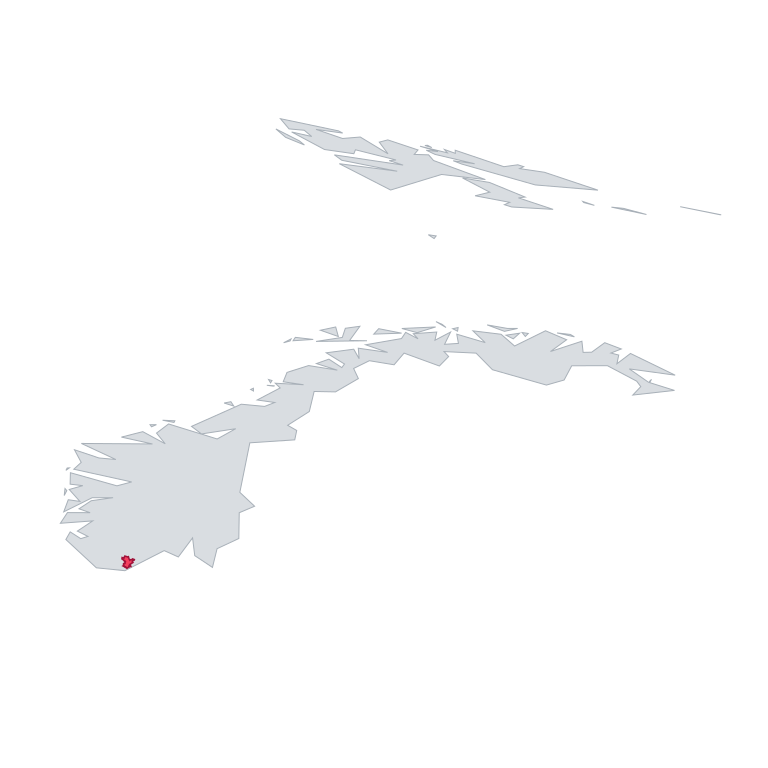 location of Birkenes nor, Aust-Agder, Norway, rotated 13°
{"feature_id": "86288312B11283211528178", "entity_name": "Birkenes nor", "entity_type": "district", "adm_level": 2, "iso_a3": "NOR", "parent_name": "Norway", "parent_adm1": "Aust-Agder", "projection": "equal_earth", "projection_center": [8.204, 58.44], "detail": "fine", "context": "in_parent", "style": "filled", "palette": "rose", "viewbox_px": 768, "rotation_deg": 13, "n_neighbors": 0, "source": "geoboundaries", "source_scale": "gbopen_adm2", "svg_char_len": 6528}
<svg xmlns="http://www.w3.org/2000/svg" viewBox="0 0 768 768"><g transform="rotate(13 384 384)"><path d="M466.8,333.2L435.2,338.9L440.8,342.7L433.9,354.0L396.6,349.4L389.5,363.0L364.5,364.6L350.9,375.7L357.8,384.5L338.5,402.6L317.6,407.0L317.4,427.6L299.4,445.9L309.4,448.9L309.6,458.5L266.5,471.5L267.9,522.0L285.4,532.2L271.9,542.0L277.3,567.2L258.4,582.0L258.1,601.3L238.2,593.8L232.1,577.0L222.5,598.8L207.3,595.8L173.5,624.2L145.1,627.8L109.0,607.1L111.5,598.7L123.3,602.9L129.8,599.1L118.3,596.3L131.0,582.9L100.0,592.5L104.5,580.5L126.6,575.5L114.9,574.2L125.0,563.6L145.6,555.7L125.3,560.4L100.7,580.6L102.4,567.8L114.1,566.8L101.0,557.6L113.4,550.8L100.7,552.2L98.4,541.0L146.7,543.3L160.2,536.2L100.9,536.8L106.6,528.5L97.2,517.7L122.8,520.2L139.7,517.9L102.5,510.0L171.9,494.5L140.1,494.8L159.7,484.7L184.3,491.5L173.4,483.0L183.1,471.4L233.8,475.1L249.6,460.9L217.4,473.7L206.0,468.6L249.5,435.8L272.7,432.7L281.7,426.6L264.0,428.1L283.7,411.2L277.9,407.7L305.8,402.8L285.3,404.5L286.9,394.5L306.4,383.0L335.4,381.0L313.6,379.3L324.7,372.2L339.2,377.5L341.0,373.4L320.7,366.6L346.7,356.9L354.1,365.0L350.9,354.9L380.4,352.4L357.3,349.9L390.8,335.8L393.5,328.8L407.0,332.3L401.2,328.4L423.7,321.5L423.8,329.9L437.2,318.4L434.1,331.7L447.4,327.7L443.7,319.1L473.3,320.9L458.7,312.2L486.9,309.2L502.7,317.6L529.4,295.8L552.0,299.8L538.9,314.9L567.2,297.8L570.9,308.4L579.2,306.3L589.8,294.1L607.3,296.5L598.1,302.8L606.2,303.0L606.4,311.9L617.3,298.8L665.7,309.9L619.6,314.1L641.3,322.8L668.5,324.9L628.9,338.8L634.8,328.8L629.6,324.4L597.6,315.9L562.8,324.0L558.6,339.6L542.5,348.5L486.5,345.7L466.8,333.2ZM332.8,145.3L364.5,148.3L361.8,153.5L375.9,150.7L382.0,155.1L436.8,162.0L392.9,166.9L346.8,193.5L290.9,179.4L349.0,173.7L292.6,175.5L284.1,171.9L353.4,166.4L338.8,165.2L345.3,163.0L303.5,162.2L302.8,166.4L273.3,168.9L237.3,159.2L257.9,159.1L249.2,154.7L234.1,156.8L223.4,148.8L282.7,147.6L287.3,148.8L260.5,151.2L288.4,154.1L305.3,148.7L336.1,158.8L325.0,149.4L332.8,145.3ZM400.8,140.2L451.9,145.3L465.1,140.3L471.2,140.8L467.8,143.6L492.7,141.6L548.9,147.0L486.6,156.0L410.3,152.2L401.2,150.9L422.8,149.0L382.1,148.8L372.6,146.7L384.3,145.4L365.6,144.2L393.7,144.5L390.1,141.9L401.6,143.2L400.8,140.2ZM441.5,163.9L479.4,170.1L473.1,172.4L509.5,175.8L468.6,182.8L461.0,182.2L465.6,178.7L430.4,180.1L443.9,173.3L414.2,165.6L441.5,163.9ZM340.7,349.3L357.7,345.7L308.2,357.8L332.9,348.0L333.8,338.4L347.5,333.2L340.7,349.3ZM366.4,331.3L389.7,330.5L362.8,337.7L366.4,331.3ZM388.9,325.9L421.5,316.8L404.7,326.5L388.9,325.9ZM221.3,159.8L246.7,166.1L252.7,169.0L232.7,165.8L221.3,159.8ZM324.1,339.3L328.8,348.0L310.0,345.9L324.1,339.3ZM501.7,299.8L489.5,305.6L471.2,303.2L491.8,302.1L501.7,299.8ZM504.7,304.0L499.8,310.9L491.9,309.0L504.7,304.0ZM287.1,358.5L305.0,356.5L285.7,362.3L287.1,358.5ZM673.2,143.5L632.7,144.6L674.5,143.3L673.2,143.5ZM577.8,159.0L601.6,159.8L565.8,160.5L577.8,159.0ZM541.1,295.3L554.4,293.8L558.9,295.2L541.1,295.3ZM513.2,302.3L511.0,305.9L507.0,302.8L513.2,302.3ZM443.5,312.3L443.8,316.0L438.5,314.7L443.5,312.3ZM401.5,228.0L400.1,231.0L393.6,228.6L401.5,228.0ZM548.8,162.6L537.8,162.3L536.6,161.4L548.8,162.6ZM238.8,435.7L242.6,439.3L232.5,438.5L238.8,435.7ZM420.6,311.5L427.5,312.9L431.7,315.0L420.6,311.5ZM372.7,141.6L377.4,142.9L370.2,142.4L372.7,141.6ZM188.0,468.7L176.4,469.1L188.5,466.9L188.0,468.7ZM171.4,474.8L167.1,478.0L165.2,476.3L171.4,474.8ZM282.8,363.2L276.9,366.4L283.3,361.0L282.8,363.2ZM98.9,559.2L97.5,564.6L96.7,557.6L98.9,559.2ZM273.2,408.4L270.5,405.6L274.1,405.8L273.2,408.4ZM643.6,319.3L642.7,322.3L642.1,321.8L643.6,319.3ZM276.6,411.0L270.1,411.6L277.9,410.4L276.6,411.0ZM257.7,417.5L258.4,420.2L255.3,419.3L257.7,417.5ZM96.3,536.5L93.5,539.7L94.2,537.1L96.3,536.5Z" fill="#d9dde1" stroke="#a8b0b8" stroke-width="1"/><path d="M174.6,621.3L174.6,621.2L174.5,620.9L174.8,620.9L174.9,621.0L175.2,621.0L175.4,621.1L175.5,621.0L175.6,620.9L175.7,620.7L175.8,620.5L175.8,620.4L176.0,620.3L176.1,620.2L176.3,620.0L176.4,619.9L176.8,619.7L177.0,619.5L176.5,619.2L176.4,619.1L176.5,618.9L176.8,618.7L177.0,618.7L177.4,618.7L177.6,618.7L177.9,618.8L178.2,618.8L178.4,618.8L178.5,618.8L178.5,618.7L178.1,618.4L177.7,618.1L177.6,617.9L177.4,617.7L177.2,617.7L177.3,617.6L177.5,617.4L177.4,617.3L177.5,617.3L177.3,617.2L177.5,617.1L177.3,616.9L177.2,616.9L177.2,616.7L177.3,616.6L177.5,616.4L177.6,616.2L177.8,616.1L178.0,615.9L178.2,615.7L178.3,615.6L178.7,615.3L179.0,615.0L179.2,614.8L179.4,614.6L179.5,614.5L179.3,614.4L179.2,614.4L179.2,614.2L179.3,614.2L179.2,614.2L179.0,614.3L179.0,614.2L178.9,614.2L178.7,613.9L178.7,613.7L178.8,613.5L178.9,613.3L179.0,613.2L179.3,613.2L179.5,613.2L179.3,613.1L179.2,613.0L179.2,612.9L179.2,612.7L179.4,612.5L179.4,612.4L179.5,612.3L179.7,612.2L179.8,612.1L180.0,611.9L180.3,611.7L180.3,611.4L180.3,611.2L179.8,611.1L179.7,611.1L179.4,611.1L178.9,611.0L178.5,611.0L178.3,611.0L178.2,611.0L178.2,611.3L178.1,611.5L178.2,611.8L178.1,612.0L177.7,612.1L177.3,612.1L177.0,612.2L176.8,612.2L176.7,612.2L176.7,612.3L176.3,612.4L176.2,612.4L176.0,612.5L175.9,612.8L175.8,612.7L175.7,612.7L175.5,612.4L175.4,612.3L175.2,612.2L175.0,611.9L174.9,611.7L174.7,611.4L174.7,611.2L174.4,610.8L174.2,610.7L174.0,610.4L174.0,610.2L173.9,609.9L173.8,609.7L173.6,609.8L173.3,610.0L173.2,610.2L172.7,610.2L172.4,610.1L172.1,610.1L171.8,610.0L171.7,610.0L171.3,610.0L170.9,610.0L170.7,610.0L170.3,609.9L170.3,610.0L170.2,610.2L170.2,610.3L170.2,610.7L170.1,610.8L170.0,611.0L169.9,611.0L169.9,611.3L169.8,611.5L169.9,611.8L169.7,611.8L169.2,611.9L168.8,612.0L168.7,612.0L168.3,612.1L168.2,612.1L167.9,612.0L167.9,612.3L167.8,612.5L167.9,612.9L167.9,613.0L168.0,613.2L168.2,613.4L168.3,613.6L168.6,613.5L168.9,613.4L169.0,613.4L169.0,613.5L169.4,613.8L169.4,614.0L169.5,614.1L169.8,614.2L170.1,614.2L170.3,614.2L170.4,614.4L170.4,614.5L170.8,614.6L171.1,614.7L171.3,614.7L171.5,614.8L171.4,614.9L171.4,615.0L171.1,615.2L171.1,615.3L171.5,615.4L172.0,615.5L171.9,615.9L171.8,616.1L171.7,616.2L171.8,616.4L171.9,616.6L171.9,616.8L171.9,617.0L172.0,617.0L171.9,617.3L171.5,617.4L171.3,617.4L171.2,617.4L171.0,617.5L170.7,617.5L170.6,617.9L170.6,618.0L170.9,618.4L170.9,618.5L170.9,618.9L170.9,619.0L171.1,619.4L171.4,619.4L171.4,619.5L170.8,619.8L170.7,619.9L170.6,620.0L171.1,620.1L171.3,620.2L171.7,620.2L171.9,620.2L172.0,620.1L172.2,620.3L172.3,620.5L172.4,620.4L172.5,620.4L172.9,620.2L173.1,620.1L173.4,620.2L173.4,620.3L173.5,620.3L173.7,620.5L173.4,620.8L174.0,621.1L174.4,621.2L174.6,621.3Z" fill="#f43f5e" stroke="#9f1239" stroke-width="1.5"/></g></svg>